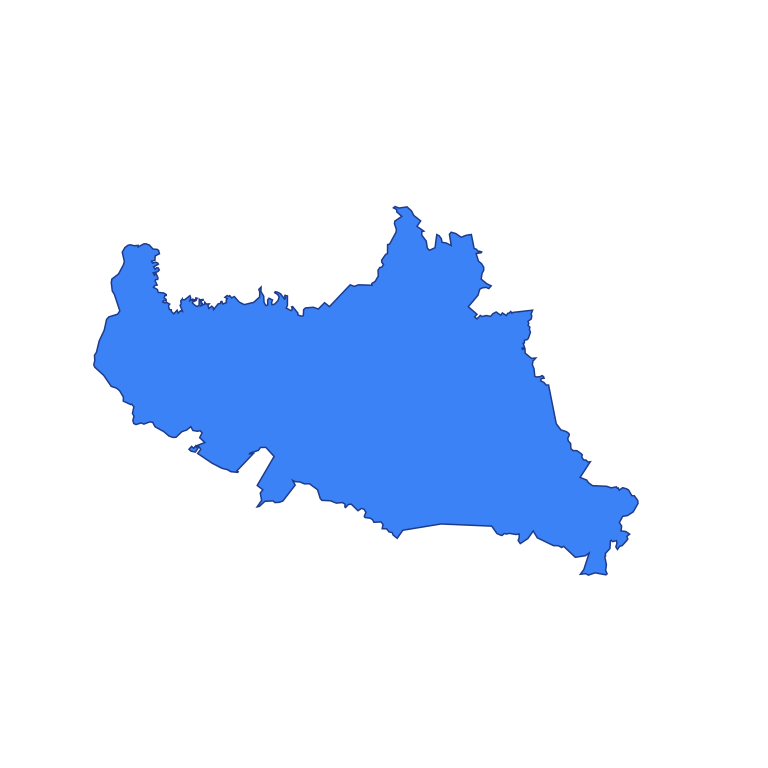 the district of Misantla, Veracruz, Mexico, rotated 304°
{"feature_id": "50627088B97471764392590", "entity_name": "Misantla", "entity_type": "district", "adm_level": 2, "iso_a3": "MEX", "parent_name": "Mexico", "parent_adm1": "Veracruz", "projection": "albers", "projection_center": [-96.879, 19.959], "detail": "fine", "context": "isolated", "style": "filled", "palette": "blue", "viewbox_px": 768, "rotation_deg": 304, "n_neighbors": 0, "source": "geoboundaries", "source_scale": "gbopen_adm2", "svg_char_len": 6165}
<svg xmlns="http://www.w3.org/2000/svg" viewBox="0 0 768 768"><g transform="rotate(304 384 384)"><path d="M263.4,481.2L273.3,481.4L299.9,509.6L326.4,552.8L323.2,561.3L324.0,565.6L324.5,566.6L327.3,567.3L328.1,569.5L330.2,571.3L333.1,577.7L335.2,579.9L332.2,582.0L329.3,582.7L327.9,586.2L336.3,589.7L345.6,589.9L342.2,597.1L344.8,614.9L347.4,618.9L347.8,622.7L349.9,623.8L347.3,639.5L354.3,647.0L358.6,648.6L342.0,653.4L336.1,653.2L339.5,657.2L339.9,660.4L345.5,664.6L349.9,674.7L351.4,675.1L353.4,672.0L358.6,669.4L364.2,663.7L365.4,663.9L367.1,662.3L373.9,663.3L380.7,659.4L381.5,659.7L381.2,661.7L384.1,664.2L382.2,666.2L378.6,667.3L377.4,670.1L381.3,670.1L383.1,671.8L389.9,672.8L391.9,672.8L393.4,670.5L396.9,671.6L396.9,666.8L394.7,662.7L399.2,660.4L400.7,656.6L407.8,655.9L411.0,659.4L417.3,662.1L427.0,661.4L429.3,659.5L431.3,654.1L430.0,651.9L432.9,646.0L432.7,643.6L431.5,639.9L427.5,638.3L428.8,636.4L428.0,635.7L428.7,634.2L425.0,630.5L423.7,625.8L416.3,613.7L416.5,608.7L417.7,605.7L416.2,598.8L434.9,598.5L433.4,596.8L433.9,593.9L432.7,592.2L433.8,588.9L436.1,588.0L436.5,586.6L436.6,581.2L434.5,577.9L434.9,575.1L439.1,571.9L439.7,568.9L441.5,566.8L445.4,566.1L446.3,565.1L446.5,561.9L444.9,556.3L447.4,549.0L475.2,521.0L473.8,519.2L474.7,515.7L474.3,512.0L476.4,511.3L478.3,513.5L479.4,512.0L479.3,510.3L477.5,509.4L475.0,506.4L474.7,504.7L480.5,499.9L482.9,496.2L486.3,494.7L490.4,495.3L487.7,491.9L488.5,483.8L492.1,481.1L490.1,479.3L491.0,478.4L493.0,479.9L495.5,476.7L496.6,477.4L498.9,475.9L500.7,477.8L502.3,478.2L508.7,476.5L510.5,474.1L512.7,473.1L513.1,470.7L515.2,470.1L516.5,468.3L520.3,469.7L523.1,468.4L524.1,466.9L528.3,465.9L515.4,450.8L514.2,450.5L515.0,448.5L512.7,448.1L511.9,447.1L509.2,447.1L509.1,442.4L506.3,442.3L506.4,436.7L503.2,435.0L499.7,434.6L497.9,430.4L494.8,427.6L494.7,425.5L489.9,424.7L490.3,421.7L493.8,422.1L495.2,410.7L510.2,412.3L516.0,410.4L518.5,411.6L521.2,414.6L521.7,417.5L525.3,418.0L524.6,413.0L525.3,405.9L530.6,403.4L534.0,403.1L536.6,401.3L538.3,397.6L538.7,393.6L543.7,387.4L547.2,391.2L548.1,391.1L547.4,388.7L546.2,389.0L547.4,385.3L546.7,383.0L556.8,372.8L553.2,368.9L548.8,365.9L548.9,359.5L547.4,354.8L544.7,354.5L536.4,362.3L535.7,356.7L533.9,352.9L536.5,350.3L537.7,347.0L537.4,344.2L525.5,350.1L520.3,346.9L520.9,343.9L526.1,339.1L528.5,332.1L531.5,330.1L533.0,331.5L533.1,323.2L539.7,323.2L540.4,314.4L542.9,309.9L543.7,304.0L538.3,298.1L537.3,293.9L535.3,293.3L535.7,296.9L533.8,298.4L532.9,305.0L525.1,301.9L522.8,303.0L518.9,308.0L516.5,309.1L503.0,310.4L501.6,309.0L494.0,314.0L492.4,312.9L485.3,312.8L483.5,314.3L482.9,316.7L479.7,316.9L478.2,315.4L475.0,315.4L470.3,318.9L464.0,319.3L460.5,317.7L459.2,318.9L451.9,307.3L448.3,304.8L447.3,300.5L417.6,295.5L418.2,289.3L409.4,287.6L408.1,282.5L403.2,276.4L400.7,275.8L395.5,278.9L394.0,277.6L393.1,273.8L394.6,273.0L397.1,264.9L396.2,264.3L394.8,266.2L392.8,265.9L392.3,260.5L395.3,259.9L403.0,254.7L402.2,252.4L401.2,252.4L400.2,254.3L398.7,254.0L400.9,247.9L400.7,245.0L399.8,242.3L398.6,242.3L398.7,245.8L397.5,248.4L394.0,249.5L389.1,248.7L387.1,246.9L388.5,245.3L391.3,244.6L390.8,240.7L388.5,240.6L384.7,243.3L383.4,242.8L383.1,241.7L384.7,238.8L389.5,235.2L391.9,230.2L395.6,227.9L392.5,227.3L390.7,229.6L386.6,232.2L378.8,230.3L371.7,223.8L370.9,218.3L372.8,211.0L370.2,209.5L371.0,206.7L369.7,206.1L369.6,204.5L366.9,203.6L367.1,206.3L365.2,206.3L363.3,207.8L360.2,205.6L361.8,203.4L361.1,202.7L359.3,203.3L357.7,201.7L350.4,201.1L352.0,199.4L352.1,197.6L348.7,196.6L350.4,194.3L352.7,194.3L350.9,192.0L351.6,189.7L349.9,190.6L346.5,188.5L349.3,188.3L348.9,186.8L351.5,186.1L352.3,187.2L352.9,186.7L351.4,185.0L349.5,185.2L350.9,184.4L351.0,183.4L346.0,186.6L344.0,185.9L343.5,184.5L343.9,180.1L344.9,179.5L348.2,181.5L350.6,181.1L350.2,179.9L348.4,180.6L346.6,178.7L347.5,178.7L347.3,177.8L344.5,176.5L347.3,175.6L348.7,173.7L342.5,171.7L341.0,169.6L341.6,169.2L339.2,169.0L336.9,171.1L335.2,171.0L331.5,176.4L330.9,174.3L327.6,173.7L329.5,171.2L324.7,170.5L325.2,167.2L326.6,166.2L325.7,164.4L328.3,161.6L330.4,161.7L330.1,158.3L328.7,157.0L328.2,154.7L329.8,154.5L331.1,157.0L332.3,156.0L332.5,153.6L334.8,152.8L335.6,154.0L336.4,153.5L336.3,150.6L333.7,145.5L335.6,143.4L335.3,138.8L337.2,138.8L339.2,140.6L341.5,136.6L343.0,136.3L344.1,137.9L345.6,137.3L348.5,132.7L345.8,133.0L347.0,130.5L350.6,133.6L352.8,134.0L354.0,131.9L353.1,130.4L351.2,130.1L352.2,127.5L357.2,129.9L357.7,128.9L357.4,126.7L354.8,124.5L355.8,122.6L358.4,124.9L362.3,122.7L366.4,125.0L368.7,122.4L368.7,120.5L366.7,117.0L368.0,111.8L367.1,108.1L365.7,106.4L360.2,103.6L361.5,102.7L359.0,99.7L357.5,95.7L355.7,94.1L352.1,92.9L346.9,93.3L340.4,100.2L337.2,101.3L326.8,102.4L318.8,99.7L315.4,101.3L309.1,106.8L307.7,110.1L296.9,124.1L292.9,124.1L285.7,118.3L282.4,117.9L272.1,122.0L260.4,123.8L249.4,127.9L245.9,127.9L241.9,131.0L237.6,132.7L236.2,134.8L234.4,146.9L229.5,159.2L231.0,164.6L230.6,168.5L227.4,175.3L224.0,177.4L225.3,185.5L226.2,186.1L225.2,189.4L218.8,192.0L217.6,194.7L213.3,196.2L211.3,198.6L211.7,201.1L215.9,204.4L216.5,207.4L221.5,210.9L222.9,213.6L220.5,218.2L221.4,228.2L220.6,235.0L221.8,239.1L223.6,241.4L231.5,243.1L235.6,246.2L240.6,247.7L238.6,251.5L240.4,255.6L242.5,257.8L241.7,260.5L236.4,261.2L235.3,268.2L228.7,263.6L228.6,264.3L226.7,263.8L227.5,262.5L224.3,262.1L224.7,259.4L220.8,258.8L220.4,261.6L222.1,265.7L228.5,265.7L227.4,268.6L222.2,268.3L222.2,286.0L223.5,296.8L225.4,302.0L225.7,306.1L228.9,312.1L229.7,312.2L229.7,310.6L253.3,314.6L250.9,311.6L251.8,311.5L258.7,317.0L262.3,317.1L265.4,321.5L262.5,333.4L229.0,335.6L228.5,342.7L224.4,342.4L219.1,347.6L211.2,347.5L212.8,349.1L220.2,350.9L225.1,357.5L224.7,359.9L227.5,363.5L230.5,365.6L250.5,366.9L253.0,362.2L253.3,364.8L255.8,369.1L256.7,373.9L259.6,377.9L259.2,388.0L253.4,395.2L252.8,397.6L257.2,404.8L258.6,411.1L262.5,415.9L262.6,418.9L260.2,420.3L260.1,421.2L264.3,421.9L266.1,424.0L264.4,433.3L268.2,434.9L269.0,437.3L267.6,440.7L263.2,441.7L262.7,442.9L265.1,447.8L265.0,450.7L263.7,452.9L268.0,458.7L266.9,461.8L263.0,463.4L265.4,467.2L264.2,470.8L265.4,473.9L263.9,476.0L263.4,481.2Z" fill="#3b82f6" stroke="#1e3a8a" stroke-width="1.5"/></g></svg>